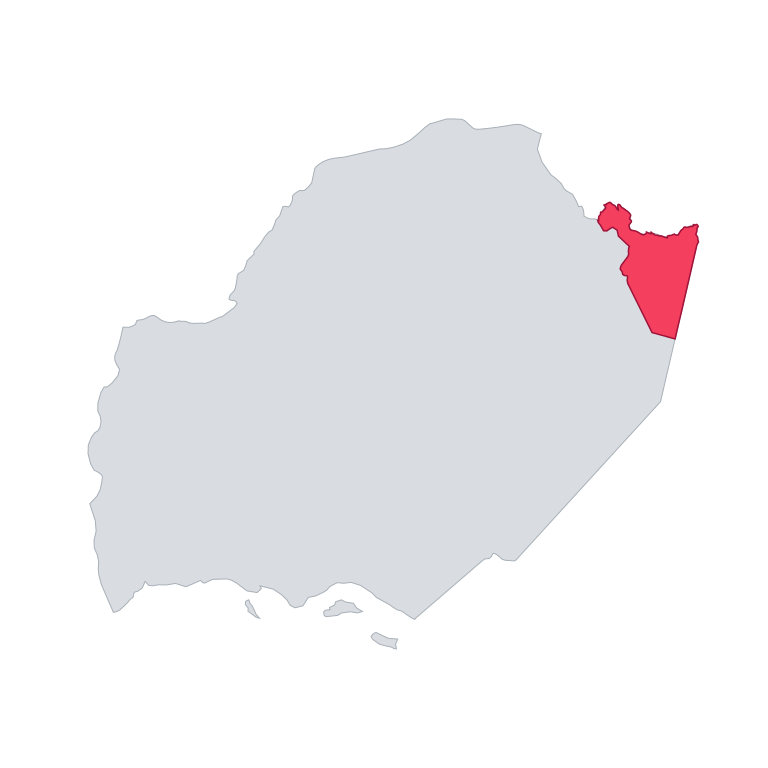 Kagera on a map of United Republic of Tanzania (Albers equal-area conic projection), rotated 103°
{"feature_id": "TZA-3360", "entity_name": "Kagera", "entity_type": "Region", "adm_level": 1, "iso_a3": "TZA", "parent_name": "United Republic of Tanzania", "parent_adm1": "", "projection": "albers", "projection_center": [30.807, -1.99], "detail": "fine", "context": "in_parent", "style": "filled", "palette": "rose", "viewbox_px": 768, "rotation_deg": 103, "n_neighbors": 0, "source": "natural_earth", "source_scale": "10m", "svg_char_len": 6284}
<svg xmlns="http://www.w3.org/2000/svg" viewBox="0 0 768 768"><g transform="rotate(103 384 384)"><path d="M283.9,540.6L275.6,536.2L268.1,533.6L261.9,530.6L259.2,527.7L253.4,526.6L248.4,526.2L243.7,523.5L234.2,522.5L233.1,520.7L233.0,516.8L231.3,515.8L227.9,514.8L224.1,514.8L221.8,515.4L220.5,515.1L217.4,512.8L214.5,509.8L213.4,505.1L209.1,502.1L204.1,499.7L190.1,499.9L187.9,499.2L184.6,496.8L180.7,492.9L177.6,488.4L174.8,482.3L172.0,474.0L156.0,441.2L154.3,434.9L151.2,428.0L146.1,419.6L140.6,413.3L133.2,407.6L124.9,401.9L120.4,398.1L111.7,382.6L110.0,375.3L108.6,367.8L109.2,364.7L114.6,355.0L115.1,352.3L114.4,348.6L111.8,340.9L108.4,331.5L101.5,314.4L100.6,310.1L100.7,306.9L104.7,289.5L104.6,287.1L120.7,287.4L132.4,279.8L142.6,268.4L144.7,263.7L148.8,256.4L152.9,252.7L154.5,250.2L156.8,243.0L162.2,238.0L167.4,234.2L166.3,231.6L167.1,230.6L170.0,228.6L175.5,226.8L176.6,223.0L176.6,218.7L175.7,216.3L175.9,213.5L175.0,212.0L171.4,211.6L166.0,209.5L161.4,208.5L158.4,207.3L157.2,206.3L156.8,203.8L159.3,197.1L156.8,194.4L162.4,183.4L163.4,182.0L165.4,181.8L168.7,180.7L171.6,180.1L174.1,180.6L175.9,180.1L177.5,178.9L178.8,175.1L179.9,168.9L179.3,163.8L177.0,159.8L176.4,153.9L177.4,145.8L176.7,139.1L174.1,133.8L171.4,130.6L167.4,129.1L161.0,120.9L159.1,117.0L159.5,114.5L161.6,113.5L165.7,113.8L169.5,112.9L173.0,110.7L176.5,110.0L178.3,110.4L339.0,110.6L526.3,216.1L527.1,217.4L528.5,226.4L528.2,229.5L525.3,234.7L524.4,237.4L524.4,239.3L525.1,240.0L527.5,240.3L529.6,241.6L530.4,242.5L531.9,246.5L534.0,248.4L604.8,300.3L606.5,301.1L605.4,305.4L601.3,315.8L601.1,320.2L599.4,325.3L597.9,328.6L593.7,343.3L590.2,348.8L585.5,361.6L584.7,371.5L587.2,378.4L588.1,384.9L593.5,391.2L597.9,393.5L600.8,396.5L606.0,403.1L609.0,409.8L618.4,413.1L622.1,420.5L620.7,425.7L616.3,429.9L612.2,436.7L608.8,445.7L608.6,459.5L610.9,457.4L615.8,460.8L616.4,471.0L611.2,482.7L609.5,488.2L609.2,493.0L612.9,507.1L618.5,514.3L618.0,516.6L616.6,518.5L626.1,531.3L625.2,542.3L628.8,550.9L630.3,558.4L632.7,564.1L633.1,568.1L630.1,572.4L637.1,573.6L641.2,577.2L643.2,580.6L648.3,580.5L651.0,582.9L654.9,584.8L663.7,590.6L666.0,593.5L667.4,596.3L643.1,614.2L634.4,618.8L628.1,620.9L621.5,622.0L615.1,624.8L609.1,629.3L601.5,631.4L592.1,631.4L582.3,634.5L566.9,643.7L557.9,638.5L550.9,636.8L542.8,636.9L537.8,637.5L536.1,638.6L534.5,641.8L533.2,647.0L527.8,651.9L518.5,656.7L509.9,658.4L502.1,657.1L496.8,655.1L494.0,652.3L489.9,651.0L484.5,651.2L479.4,653.2L474.4,656.9L466.5,658.5L455.7,657.9L449.9,656.1L449.1,653.0L444.4,649.3L435.7,645.1L429.3,644.9L425.2,648.9L421.5,651.5L418.1,652.5L415.0,652.6L410.6,651.5L398.7,651.0L387.3,651.1L386.2,645.3L383.9,641.8L381.8,639.6L377.9,639.1L376.9,637.5L375.6,633.9L373.6,630.8L371.1,628.2L369.6,625.8L369.0,623.6L369.5,621.3L371.9,615.3L372.6,611.2L372.4,607.0L371.1,602.7L368.4,597.6L368.7,596.2L367.8,592.7L367.7,590.2L368.3,587.2L367.8,583.2L365.5,574.7L365.5,572.5L363.0,568.3L355.5,558.5L355.2,557.2L343.4,547.3L338.7,545.2L337.0,547.0L336.3,548.7L336.8,551.9L336.5,553.5L336.0,554.2L333.2,554.1L331.4,553.7L327.0,551.0L323.5,550.4L314.8,550.8L311.8,551.4L309.4,550.8L304.8,546.3L299.5,545.3L294.6,545.1L286.7,539.9L283.9,540.6ZM619.9,377.1L623.7,388.0L623.2,390.0L620.5,391.3L619.0,391.4L617.3,389.6L616.1,385.9L614.0,386.8L610.5,382.4L607.0,382.1L603.9,376.9L605.1,372.3L604.5,364.5L608.3,360.5L610.5,353.8L613.0,358.4L613.5,365.6L616.7,374.0L619.9,377.1ZM639.3,312.3L639.5,314.9L638.7,317.3L638.8,325.0L638.5,330.2L635.5,337.3L633.1,339.8L631.0,339.0L629.3,337.8L627.9,335.9L630.8,322.8L629.5,313.3L634.9,314.2L639.3,312.3ZM630.2,469.3L627.4,470.0L626.3,469.3L624.7,467.2L627.6,465.4L630.5,461.9L637.2,456.8L640.3,452.6L639.8,456.7L636.0,465.4L632.8,466.0L630.2,469.3Z" fill="#d9dde1" stroke="#a8b0b8" stroke-width="1"/><path d="M159.4,118.5L159.0,118.2L158.9,117.9L159.0,117.6L159.2,117.3L159.3,117.0L159.1,116.3L158.4,115.8L158.2,115.3L158.4,114.7L158.8,114.1L159.2,113.7L159.7,113.3L160.3,113.4L160.7,113.6L160.9,113.9L161.2,114.0L161.8,114.0L162.8,113.8L165.4,113.5L166.5,113.6L167.7,114.0L168.4,113.5L170.2,111.5L171.0,111.2L172.9,110.5L174.8,109.5L176.6,110.0L177.5,110.4L180.8,110.4L190.2,110.4L199.6,110.4L200.6,110.4L208.9,110.4L218.3,110.4L227.7,110.4L236.8,110.4L237.1,110.4L246.5,110.4L255.9,110.5L265.3,110.5L274.6,110.5L273.6,134.4L231.2,169.1L228.2,170.4L224.5,170.8L223.8,171.7L224.1,173.2L224.2,174.2L223.9,175.1L223.5,175.5L223.5,176.1L221.3,177.1L218.7,179.8L215.2,179.6L204.9,175.1L202.5,174.8L199.8,175.7L196.4,176.2L194.8,175.8L187.2,188.8L181.6,191.5L179.8,196.6L182.2,199.1L184.7,201.3L185.3,204.5L180.3,209.1L179.3,210.4L178.3,211.6L177.0,212.3L177.3,211.7L176.1,211.7L173.7,212.3L172.5,212.4L171.9,212.2L170.7,211.5L170.1,211.2L169.4,211.3L168.9,211.5L168.4,211.6L167.7,211.5L167.6,211.2L167.4,210.4L167.3,210.1L167.1,209.9L166.4,209.7L163.1,207.7L162.6,207.6L161.9,207.9L161.3,208.4L160.3,209.8L160.1,209.9L159.8,209.2L159.4,208.8L159.1,208.4L159.3,207.8L158.4,207.6L157.6,206.8L156.3,205.2L156.2,204.3L156.8,203.1L157.9,201.6L158.0,200.3L158.1,199.5L158.5,198.9L161.5,195.8L161.8,194.8L160.6,195.2L158.8,196.1L157.7,196.4L156.7,196.4L156.2,195.9L156.3,194.6L156.8,194.0L158.0,192.8L158.5,192.2L158.7,191.6L159.1,190.0L161.1,185.3L161.7,184.2L163.4,182.0L164.4,181.5L165.5,181.6L166.6,181.9L167.7,181.9L168.3,181.4L169.0,180.0L169.6,179.5L170.3,179.5L170.8,179.6L173.5,180.9L173.9,181.0L174.4,180.9L174.7,180.7L175.5,180.5L176.2,180.1L177.1,179.7L177.8,179.2L178.3,178.3L178.5,177.2L178.3,173.7L178.7,171.4L180.5,165.7L180.1,164.3L179.5,163.5L178.8,162.7L177.8,162.3L176.9,162.5L177.5,159.5L177.4,158.1L175.9,157.9L176.1,157.5L176.4,157.1L177.3,156.5L176.9,155.6L177.1,154.8L177.7,154.0L178.0,153.1L177.5,151.1L177.4,150.6L178.0,149.1L177.8,148.7L177.4,148.0L177.3,147.7L177.3,147.2L177.9,143.1L178.0,141.8L177.6,140.7L176.4,141.2L175.6,140.5L175.1,139.4L174.6,137.6L174.4,137.2L173.7,136.5L172.9,135.3L172.6,134.7L172.8,134.4L173.0,133.8L173.1,132.4L172.8,131.1L171.8,130.5L170.8,130.4L167.4,129.1L166.9,128.8L166.2,128.1L165.6,127.7L164.1,127.1L163.5,126.6L163.2,125.8L163.2,125.4L163.4,125.1L163.5,124.9L163.5,124.7L163.4,124.3L163.0,123.7L162.7,122.6L161.7,121.1L161.4,120.3L161.2,119.0L161.0,118.7L160.4,118.2L160.1,118.3L159.8,118.5L159.4,118.5Z" fill="#f43f5e" stroke="#9f1239" stroke-width="1.5"/></g></svg>